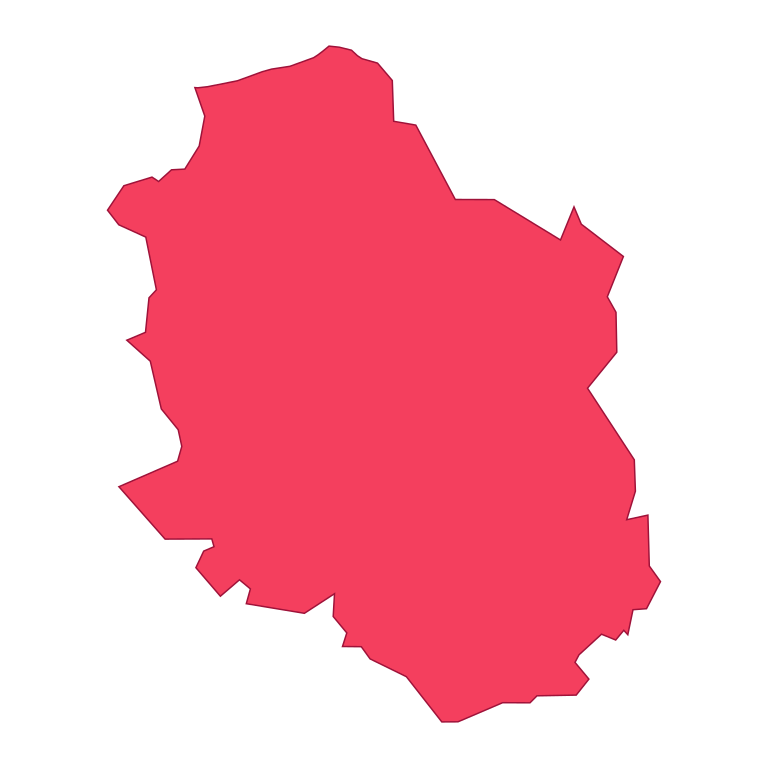 Rankovtse, Rankovce, North Macedonia (Robinson projection)
{"feature_id": "65306769B9482621128818", "entity_name": "Rankovtse", "entity_type": "district", "adm_level": 2, "iso_a3": "MKD", "parent_name": "North Macedonia", "parent_adm1": "Rankovce", "projection": "robinson", "projection_center": [22.13, 42.211], "detail": "fine", "context": "isolated", "style": "filled", "palette": "rose", "viewbox_px": 768, "rotation_deg": 0, "n_neighbors": 0, "source": "geoboundaries", "source_scale": "gbopen_adm2", "svg_char_len": 1171}
<svg xmlns="http://www.w3.org/2000/svg" viewBox="0 0 768 768"><path d="M627.8,634.7L633.0,609.7L646.5,608.7L660.5,581.6L649.3,566.0L647.9,515.1L626.7,519.7L635.4,491.2L634.3,459.8L587.5,388.2L616.8,352.2L616.0,312.3L607.3,296.8L623.4,256.5L581.3,224.2L574.0,206.9L560.5,240.0L494.3,199.6L455.3,199.5L415.8,125.1L393.7,121.3L392.3,80.5L377.5,63.1L362.0,58.7L357.4,55.7L351.5,50.2L339.3,47.2L329.0,46.1L322.8,51.2L317.5,55.2L313.6,57.7L289.9,66.3L271.6,69.1L262.3,71.7L237.3,80.8L207.6,86.7L197.8,87.8L194.9,87.6L204.8,116.1L199.2,146.0L184.8,169.1L171.5,169.8L158.6,181.5L152.0,177.1L123.9,185.7L107.5,210.2L118.8,224.8L145.8,237.1L156.4,289.8L149.0,297.8L145.5,332.3L126.8,340.2L150.3,361.2L161.3,408.9L178.2,429.7L181.8,446.4L177.6,461.2L118.9,486.7L165.1,539.1L211.8,538.9L214.0,546.7L203.7,551.1L195.9,567.7L220.4,596.2L239.5,579.8L250.4,588.9L246.3,603.7L304.4,613.3L334.5,593.7L333.2,616.5L346.8,632.9L342.5,646.5L361.3,646.7L370.1,658.9L406.4,676.7L441.8,721.9L458.0,721.8L502.6,702.7L530.0,702.8L537.0,695.8L576.2,695.1L588.9,679.1L575.0,662.4L579.0,654.8L601.5,634.2L615.7,640.0L623.8,630.3L627.8,634.7Z" fill="#f43f5e" stroke="#9f1239" stroke-width="1.5"/></svg>